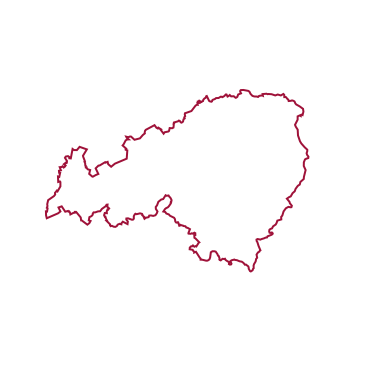 Sucre, Sucre, Colombia, rotated 59°
{"feature_id": "7082276B5425640174100", "entity_name": "Sucre", "entity_type": "district", "adm_level": 2, "iso_a3": "COL", "parent_name": "Colombia", "parent_adm1": "Sucre", "projection": "mercator", "projection_center": [-74.732, 8.783], "detail": "fine", "context": "isolated", "style": "outline", "palette": "rose", "viewbox_px": 384, "rotation_deg": 59, "n_neighbors": 0, "source": "geoboundaries", "source_scale": "gbopen_adm2", "svg_char_len": 6083}
<svg xmlns="http://www.w3.org/2000/svg" viewBox="0 0 384 384"><g transform="rotate(59 192 192)"><path d="M277.2,163.4L272.4,162.7L268.7,161.8L267.2,161.8L266.0,161.2L266.1,160.0L268.1,157.8L268.1,156.9L268.8,154.2L269.0,152.4L269.6,151.1L268.9,150.1L269.6,146.1L269.6,144.8L269.0,144.1L267.8,144.4L267.4,146.0L266.8,146.5L265.4,146.1L264.2,145.0L264.1,143.8L264.4,142.1L263.2,140.2L263.0,137.0L262.0,135.3L260.5,133.6L261.5,129.6L259.3,128.4L258.7,126.7L255.8,123.5L254.3,119.9L254.4,117.0L255.8,115.5L256.2,114.6L255.2,113.5L252.1,113.9L250.6,113.5L246.6,114.1L246.4,111.4L246.6,109.6L244.8,106.4L244.3,103.6L242.6,101.5L241.2,98.1L241.1,95.8L239.2,93.9L238.4,89.5L236.7,88.3L231.7,83.3L227.3,82.8L224.1,80.8L222.3,78.4L222.3,76.9L222.8,74.9L222.2,74.4L221.7,74.0L219.4,74.2L217.8,73.8L216.3,72.1L215.1,71.4L211.6,72.4L206.7,73.3L204.1,73.3L198.1,72.0L193.0,69.3L189.5,69.4L187.5,69.1L184.4,64.2L181.6,62.5L181.8,60.4L182.9,59.7L182.0,59.2L182.1,58.2L183.0,57.6L180.5,55.1L177.9,54.0L174.1,55.6L170.6,57.6L169.2,57.8L167.3,57.5L166.2,58.0L165.0,59.1L164.8,60.2L163.8,62.3L162.4,61.9L160.9,62.4L159.4,62.5L158.8,62.8L158.2,64.0L156.2,62.9L155.0,63.2L155.0,66.1L152.6,68.3L152.1,70.9L149.2,73.4L147.5,75.8L147.1,76.8L146.1,77.6L144.4,81.1L146.0,81.7L145.4,82.1L144.4,84.3L144.2,85.5L144.6,86.2L144.5,86.5L143.6,87.2L142.2,89.4L140.7,90.7L138.0,91.3L135.6,91.1L134.3,91.7L131.0,95.4L129.8,97.6L130.0,98.4L130.8,99.0L132.7,99.2L132.2,102.2L133.8,104.2L133.9,105.5L133.7,106.1L131.4,106.9L130.2,109.2L128.3,109.7L128.6,111.3L128.5,112.4L126.2,112.2L125.8,112.8L126.4,114.8L126.4,116.6L126.3,117.2L125.8,117.3L125.1,118.3L125.1,120.8L123.9,123.0L124.1,124.5L123.7,126.6L123.8,127.3L124.6,128.2L124.6,128.9L123.5,130.0L122.7,130.4L117.3,129.9L117.2,130.4L118.3,131.9L118.2,132.9L118.7,134.7L119.7,135.7L119.5,136.5L119.8,137.5L119.3,138.4L118.6,138.2L117.4,138.8L117.7,139.9L117.4,140.5L117.8,140.8L119.1,140.4L118.5,141.5L120.2,142.2L119.7,142.8L119.8,144.5L122.3,150.8L120.9,157.5L121.9,158.3L123.5,158.8L124.0,160.2L125.2,160.4L125.3,161.8L127.0,163.4L127.2,164.8L127.1,165.4L126.4,165.8L124.7,165.9L124.0,166.5L124.2,167.6L123.1,171.7L123.4,172.0L124.0,172.0L124.3,172.9L125.0,173.0L127.2,174.7L127.1,176.2L125.7,178.2L127.8,180.2L128.0,181.0L126.7,184.7L127.4,186.3L121.8,186.9L121.9,186.5L119.5,187.7L120.0,188.6L118.6,189.4L115.4,189.7L114.9,199.6L115.4,200.8L117.0,202.2L117.5,202.3L117.8,204.7L119.2,209.0L117.6,214.4L113.1,215.7L112.5,216.6L112.2,218.4L110.7,219.9L111.9,220.0L114.3,219.2L113.6,220.5L113.6,222.3L115.8,225.9L116.4,227.5L120.9,226.1L121.1,226.8L121.6,227.1L123.0,226.0L129.8,230.8L128.0,243.5L128.7,248.3L125.0,249.5L122.7,248.8L122.3,251.0L121.7,251.1L121.7,257.5L121.2,258.6L122.1,262.4L128.3,263.0L127.9,265.8L127.8,269.1L127.5,269.5L123.5,270.8L120.7,268.0L118.8,269.7L116.9,270.0L116.7,269.8L116.3,270.4L115.5,270.1L115.1,269.6L114.4,269.8L112.1,268.7L110.7,268.6L110.6,268.0L105.7,267.1L104.8,266.8L101.3,260.2L95.4,265.1L96.8,269.1L95.3,271.5L93.6,272.2L100.8,278.6L99.9,279.8L98.7,279.2L97.4,279.8L96.6,282.0L97.3,283.3L101.0,283.2L102.5,284.3L102.3,285.6L101.9,285.4L102.2,287.5L104.2,286.7L104.8,288.0L104.9,289.4L103.3,289.7L103.4,290.9L102.6,292.6L105.9,293.2L105.3,295.1L107.1,296.0L107.7,295.2L110.7,298.0L109.7,298.9L114.5,301.5L114.9,299.8L115.7,299.7L119.4,301.9L122.2,306.9L121.2,307.1L122.2,309.9L123.7,310.6L124.4,312.4L124.9,319.5L127.9,322.4L129.6,323.1L130.8,324.6L131.6,324.2L134.1,326.3L133.4,327.2L136.8,329.1L139.7,330.0L141.3,317.8L140.9,314.8L136.5,314.4L137.2,311.1L143.6,310.8L144.4,308.0L145.2,308.0L145.4,307.2L146.9,307.2L148.6,307.8L148.8,304.5L149.4,303.0L148.7,302.6L149.3,301.6L156.5,300.5L159.1,301.6L159.2,301.3L166.1,298.5L165.8,296.0L164.6,293.9L163.2,295.1L160.7,292.9L160.9,290.7L160.6,289.4L160.2,288.7L159.4,288.2L158.8,286.9L159.6,285.5L160.2,282.6L161.2,280.6L160.1,278.0L159.7,273.3L158.9,271.8L159.3,270.9L160.9,272.2L163.4,271.5L164.0,273.2L163.5,273.5L164.7,275.1L166.3,275.9L165.1,277.6L166.6,279.3L168.6,279.5L168.7,279.0L170.7,279.5L172.9,279.6L172.7,280.1L177.5,278.9L178.3,279.4L179.4,279.3L179.7,278.1L181.4,277.0L182.4,275.7L182.5,274.1L181.7,272.5L182.0,270.4L183.3,269.2L182.5,268.6L181.8,266.6L186.3,263.8L184.3,262.2L181.8,262.5L180.9,261.9L181.6,260.4L184.9,257.7L185.3,256.7L184.9,255.6L182.8,254.4L181.7,252.6L181.5,251.7L182.5,250.9L183.5,247.6L185.0,246.1L185.9,246.1L186.3,246.6L189.4,245.6L189.3,246.4L190.5,246.5L190.3,244.8L191.2,242.2L190.2,240.8L191.0,239.2L192.5,237.6L193.1,235.3L192.1,233.1L190.9,231.6L187.9,231.7L186.2,230.8L185.4,228.8L183.1,225.9L182.6,222.3L183.2,220.3L181.2,216.3L182.2,215.7L182.9,213.9L184.1,213.9L185.7,213.5L187.9,213.6L188.6,213.8L190.1,215.2L189.8,215.4L191.1,216.5L192.3,219.2L192.7,220.7L192.5,222.4L192.7,223.9L194.0,226.6L195.4,225.2L197.2,225.1L199.3,223.4L201.0,223.1L204.9,220.6L206.5,220.6L208.7,221.5L210.0,221.3L210.5,220.7L210.6,219.6L211.0,219.5L214.4,220.3L214.6,219.7L214.1,218.9L215.5,217.8L216.0,217.1L216.7,216.9L218.0,215.3L219.5,215.2L220.5,214.2L222.8,212.9L225.4,216.3L225.9,216.4L227.2,214.6L227.3,213.4L228.1,212.8L228.1,210.9L229.0,210.4L230.6,211.3L230.2,212.3L232.5,213.5L233.7,212.9L238.9,211.7L238.9,212.3L240.9,216.3L240.3,216.6L240.1,218.2L238.3,218.7L238.6,219.9L238.1,220.7L238.5,222.5L239.9,223.5L241.9,221.2L243.2,221.3L244.3,220.8L245.0,221.3L245.3,219.4L252.3,219.2L253.5,218.9L254.4,219.5L255.4,218.0L258.2,215.2L258.7,214.3L258.9,212.9L258.6,211.6L257.5,210.2L253.4,206.9L253.3,205.1L254.3,203.4L255.3,202.4L258.4,202.2L259.9,202.5L260.4,202.1L262.9,202.5L263.9,203.3L264.5,203.3L265.4,202.6L265.0,200.2L266.0,199.0L266.2,198.1L267.6,198.2L270.0,197.1L271.1,196.1L272.8,197.5L273.8,196.9L274.2,195.7L273.8,195.1L271.5,194.8L271.1,194.6L270.9,193.4L271.7,190.5L272.3,190.2L273.6,188.6L275.9,186.9L277.4,185.2L279.3,184.4L281.6,184.1L281.9,183.2L284.7,182.1L285.6,182.2L287.0,182.9L289.7,183.0L290.4,182.5L290.3,180.4L289.3,179.2L289.1,178.4L286.8,177.1L285.8,176.0L284.3,173.2L282.4,171.5L281.9,170.0L278.9,168.9L277.8,166.6L277.8,164.9L277.2,164.1L277.2,163.4Z" fill="none" stroke="#9f1239" stroke-width="2"/></g></svg>